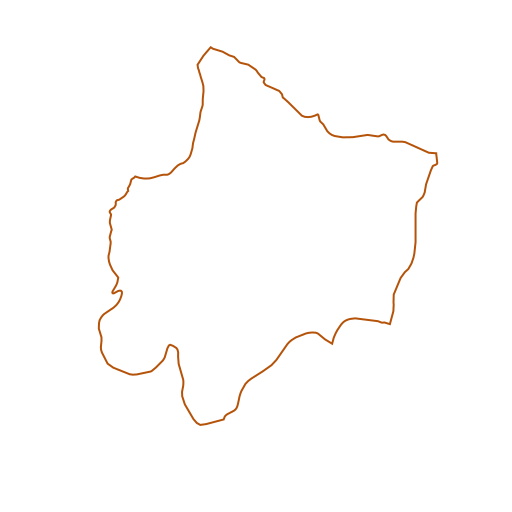 map outline of Hentiy (Mercator projection), rotated 28°
{"feature_id": "MNG-3315", "entity_name": "Hentiy", "entity_type": "Province", "adm_level": 1, "iso_a3": "MNG", "parent_name": "Mongolia", "parent_adm1": "", "projection": "mercator", "projection_center": [110.059, 47.757], "detail": "fine", "context": "isolated", "style": "outline", "palette": "amber", "viewbox_px": 512, "rotation_deg": 28, "n_neighbors": 0, "source": "natural_earth", "source_scale": "10m", "svg_char_len": 3599}
<svg xmlns="http://www.w3.org/2000/svg" viewBox="0 0 512 512"><g transform="rotate(28 256 256)"><path d="M118.0,93.0L120.7,93.2L130.6,91.3L138.2,91.4L143.2,90.5L150.4,92.8L152.1,92.6L159.3,90.7L168.1,91.6L169.9,92.3L171.6,93.3L175.4,94.8L176.8,95.4L179.6,95.1L180.4,95.7L180.7,96.4L180.9,98.3L181.3,99.1L182.5,99.7L184.2,100.5L199.1,99.4L203.0,101.0L205.3,103.5L206.3,103.6L212.0,105.0L230.7,110.6L233.8,110.2L236.8,108.9L239.7,106.9L242.2,104.3L243.3,102.8L244.0,102.0L244.8,102.2L248.4,106.2L249.6,107.1L253.6,108.2L260.3,112.3L263.2,113.2L266.2,113.5L269.2,113.1L276.9,110.5L285.6,105.7L297.7,96.7L307.2,93.3L308.5,92.5L310.5,89.8L311.7,88.8L313.4,88.5L315.0,89.1L318.1,90.8L319.8,91.1L321.6,91.1L323.3,90.7L331.2,86.5L334.3,85.4L360.1,83.7L366.9,80.7L367.1,81.1L372.2,88.5L372.5,89.3L372.5,89.8L372.2,90.4L371.6,91.4L370.5,92.6L370.2,93.0L369.9,93.6L370.2,98.3L372.5,112.8L375.1,120.7L375.4,123.5L375.4,125.7L373.7,130.9L373.0,133.3L374.2,137.0L376.9,143.5L390.4,168.9L394.7,179.6L395.9,183.9L396.8,189.7L396.6,196.0L395.0,200.4L394.0,207.5L395.7,225.4L399.3,232.6L400.3,234.1L403.2,240.2L406.2,253.3L401.1,254.3L400.6,254.4L398.8,255.6L397.8,255.9L394.3,256.3L372.8,264.5L368.8,267.3L367.3,268.7L366.0,270.2L365.0,271.7L364.3,273.1L363.8,274.7L363.4,276.3L363.1,278.5L362.6,283.6L362.6,286.8L363.0,291.6L364.4,297.7L356.0,297.2L347.1,295.4L345.8,295.5L344.7,295.7L341.6,297.1L338.6,299.1L336.4,301.0L329.4,309.2L327.0,313.4L325.9,316.0L325.1,319.0L322.8,338.2L320.9,345.2L316.0,354.9L309.5,366.3L307.8,370.0L306.7,373.9L306.5,381.9L306.7,384.1L307.3,387.4L309.5,395.0L310.0,397.2L310.2,399.3L309.9,401.3L309.2,402.9L304.8,409.4L304.1,411.1L303.8,412.4L304.2,415.5L290.8,427.9L286.1,431.3L282.1,431.2L277.4,429.4L262.8,420.4L256.7,414.5L254.5,410.7L252.6,404.6L251.2,401.6L249.9,399.5L238.4,387.6L234.5,381.5L232.5,377.6L230.6,375.5L228.9,374.6L224.8,374.3L221.9,374.7L221.1,375.9L221.1,379.0L223.0,388.3L223.0,390.2L222.8,392.1L220.0,401.4L217.9,406.5L217.3,407.4L206.4,416.5L203.0,418.6L200.0,419.7L182.5,421.6L175.5,420.7L165.2,413.5L163.3,411.6L161.8,409.3L159.5,403.6L157.7,400.3L151.3,393.9L149.0,389.2L148.7,388.3L148.2,386.6L148.1,385.6L148.1,383.7L148.2,382.4L148.6,380.2L149.3,378.2L154.5,368.4L155.7,365.0L156.2,362.4L156.4,360.3L156.3,357.6L155.9,354.6L155.2,351.9L154.2,350.4L152.9,350.1L151.7,350.7L150.5,351.9L148.0,355.7L147.5,356.0L146.9,356.2L146.2,355.5L146.0,354.8L146.3,347.5L146.1,345.4L145.8,343.8L144.5,339.7L136.0,335.9L131.3,332.3L128.9,330.0L126.7,327.0L125.7,325.1L124.7,321.1L121.7,313.0L120.9,311.5L118.6,309.1L117.9,307.9L116.5,302.0L116.4,300.9L116.0,300.2L111.6,295.6L111.1,294.8L110.2,292.8L108.9,288.2L108.5,287.4L107.8,286.9L106.9,286.4L106.1,285.8L105.8,284.6L106.3,282.8L107.2,281.4L108.1,279.7L108.2,277.1L107.8,275.9L106.9,274.5L106.8,273.2L107.0,272.2L107.6,271.5L108.3,271.0L108.9,270.3L111.5,265.4L112.0,263.6L112.1,262.5L112.2,260.2L112.3,259.6L112.6,258.6L112.1,257.8L111.4,257.1L111.1,256.1L111.2,252.8L111.1,251.4L110.1,247.1L110.5,246.0L111.7,243.9L112.0,242.5L116.7,241.6L120.1,240.4L121.7,239.7L124.7,238.0L126.0,237.1L129.0,234.4L133.2,230.1L135.7,228.0L136.8,227.3L139.3,226.0L139.9,225.5L140.8,224.3L141.8,222.1L143.0,217.0L144.4,212.8L146.0,210.2L147.2,209.0L148.1,208.2L149.3,205.8L150.4,202.4L150.8,199.8L150.6,197.1L149.3,190.9L147.4,185.8L146.4,181.5L144.7,175.4L142.3,163.0L141.2,159.6L139.8,156.0L139.3,154.5L138.4,149.1L137.9,147.4L135.3,142.4L132.3,135.1L129.7,130.6L127.0,127.6L122.7,123.4L121.4,121.9L119.9,120.6L118.5,119.0L116.7,117.4L114.6,114.6L115.6,103.7L118.0,93.0Z" fill="none" stroke="#b45309" stroke-width="2"/></g></svg>